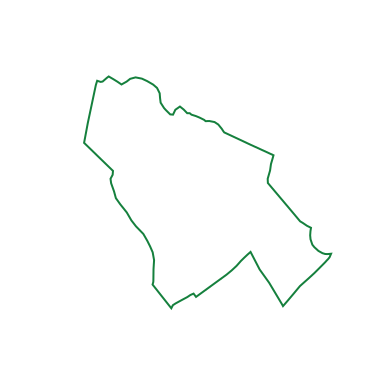 outline of Saensokh, Phnom Penh, Cambodia, rotated 323°
{"feature_id": "14789045B60283384180487", "entity_name": "Saensokh", "entity_type": "district", "adm_level": 2, "iso_a3": "KHM", "parent_name": "Cambodia", "parent_adm1": "Phnom Penh", "projection": "natural_earth1", "projection_center": [104.865, 11.597], "detail": "fine", "context": "isolated", "style": "outline", "palette": "green", "viewbox_px": 384, "rotation_deg": 323, "n_neighbors": 0, "source": "geoboundaries", "source_scale": "gbopen_adm2", "svg_char_len": 1526}
<svg xmlns="http://www.w3.org/2000/svg" viewBox="0 0 384 384"><g transform="rotate(323 192 192)"><path d="M279.2,211.7L267.0,189.1L253.6,163.8L253.6,162.2L253.8,159.5L253.6,153.9L252.1,149.7L248.5,145.7L245.5,143.6L245.1,141.7L242.8,137.1L240.8,133.7L238.1,129.9L237.6,127.7L235.6,126.2L235.0,121.2L233.8,116.5L228.2,116.3L223.4,118.8L221.3,116.9L220.7,112.7L220.4,110.6L220.2,108.1L220.7,101.8L223.0,97.8L225.6,93.7L226.7,87.9L225.6,82.8L222.9,76.4L220.2,71.3L215.9,66.5L210.7,64.4L206.3,64.5L200.4,63.7L198.8,59.0L197.1,54.6L195.0,49.6L192.7,49.6L187.1,50.0L185.3,49.1L183.2,46.1L179.6,48.7L150.3,74.2L135.4,87.8L141.6,127.6L139.0,130.5L134.9,132.4L132.7,136.3L130.1,144.6L127.5,151.1L127.3,158.6L127.6,169.1L126.5,178.2L126.6,185.7L127.9,196.2L126.9,204.2L125.8,210.2L124.3,216.5L120.7,223.6L114.8,230.5L111.4,234.9L108.0,239.3L106.9,240.6L104.8,242.2L105.5,272.4L108.6,270.9L111.7,271.1L119.3,272.2L125.0,273.1L128.8,273.3L132.1,274.1L132.1,278.2L169.8,278.8L176.5,278.5L183.2,277.8L189.6,276.5L194.2,275.9L198.8,275.4L202.7,275.1L199.4,294.6L199.0,310.9L196.3,336.0L196.0,337.9L202.1,336.6L211.4,334.5L221.6,332.1L233.7,331.1L240.9,330.4L246.0,329.7L255.0,328.4L256.3,328.2L258.3,327.8L260.3,327.5L262.6,326.9L265.9,325.0L262.8,323.1L261.0,321.6L259.4,319.4L257.5,315.1L256.5,309.7L256.4,306.5L258.2,301.1L260.3,297.7L263.1,294.5L265.5,292.2L263.5,288.2L261.8,283.2L260.7,280.5L260.0,266.7L258.0,230.5L260.4,227.0L267.3,221.8L271.9,217.2L276.2,214.0L279.2,211.7Z" fill="none" stroke="#15803d" stroke-width="2"/></g></svg>